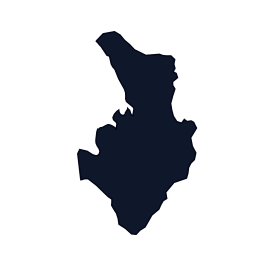 map outline of L'Artibonite (orthographic projection), rotated 36°
{"feature_id": "HTI-1384", "entity_name": "L'Artibonite", "entity_type": "Department", "adm_level": 1, "iso_a3": "HTI", "parent_name": "Haiti", "parent_adm1": "", "projection": "orthographic", "projection_center": [-72.647, 19.338], "detail": "fine", "context": "isolated", "style": "filled", "palette": "ink", "viewbox_px": 256, "rotation_deg": 36, "n_neighbors": 0, "source": "natural_earth", "source_scale": "10m", "svg_char_len": 1701}
<svg xmlns="http://www.w3.org/2000/svg" viewBox="0 0 256 256"><g transform="rotate(36 128 128)"><path d="M120.4,197.5L119.9,197.2L102.5,178.3L101.7,173.8L108.7,170.9L115.1,170.5L118.7,169.3L120.2,166.7L119.2,163.4L116.8,161.6L113.8,160.5L111.0,158.8L109.2,156.6L105.2,149.5L104.2,146.7L105.3,145.9L105.4,145.5L105.3,145.2L105.4,144.3L107.0,142.7L108.9,138.7L110.0,137.0L111.8,136.1L114.4,135.6L117.1,135.5L119.1,135.8L116.7,131.1L115.0,130.1L111.6,129.8L109.7,128.3L109.0,124.8L109.3,121.2L110.0,119.0L111.0,120.1L112.4,121.0L114.0,121.5L115.7,121.3L117.5,119.9L117.6,118.6L117.0,117.2L116.7,113.1L116.3,112.4L116.7,112.5L119.1,112.9L119.9,113.5L121.1,114.5L122.7,115.3L124.8,115.3L121.6,108.9L119.9,108.0L111.3,107.4L109.1,105.8L107.6,103.5L105.4,100.8L102.3,98.5L91.7,93.6L82.9,88.1L79.8,87.4L77.0,86.1L71.2,81.0L70.1,80.8L68.4,81.5L58.1,77.7L56.4,77.5L53.1,76.6L51.5,76.5L51.3,76.0L52.6,66.4L60.5,58.1L66.9,57.5L73.6,59.2L80.4,59.7L87.2,61.0L99.8,58.8L110.1,50.0L113.6,49.0L116.4,47.4L120.4,44.5L125.5,45.2L127.5,49.5L130.9,52.2L131.4,56.1L134.9,55.6L138.4,58.2L136.8,64.2L138.9,67.2L142.9,68.9L145.2,75.9L148.0,83.1L152.6,87.7L157.6,91.8L163.6,94.2L168.6,92.6L168.6,88.0L171.9,88.2L175.0,85.2L177.8,84.9L180.2,86.2L183.4,87.8L184.3,99.0L190.7,105.0L197.4,108.3L200.2,114.6L199.4,119.5L200.2,124.5L203.0,129.5L204.7,134.2L197.1,145.0L196.2,157.8L200.7,162.3L199.1,166.1L199.5,170.3L200.6,175.6L198.4,184.5L199.4,193.4L199.9,198.0L197.6,203.8L197.0,209.2L193.1,211.5L185.1,210.6L177.3,211.1L173.4,207.0L168.9,203.7L164.5,202.0L160.3,200.1L158.6,197.4L156.8,194.9L152.7,195.1L148.8,194.6L136.2,192.8L125.5,192.4L122.7,194.5L120.4,197.5Z" fill="#0f172a" stroke="#020617" stroke-width="1.5"/></g></svg>